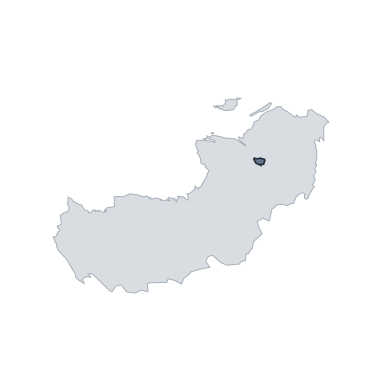 Askersund, Orebro, Sweden (highlighted), rotated 215°
{"feature_id": "70781695B5834456968412", "entity_name": "Askersund", "entity_type": "district", "adm_level": 2, "iso_a3": "SWE", "parent_name": "Sweden", "parent_adm1": "Orebro", "projection": "robinson", "projection_center": [14.979, 58.853], "detail": "fine", "context": "in_parent", "style": "filled", "palette": "slate", "viewbox_px": 384, "rotation_deg": 215, "n_neighbors": 0, "source": "geoboundaries", "source_scale": "gbopen_adm2", "svg_char_len": 4637}
<svg xmlns="http://www.w3.org/2000/svg" viewBox="0 0 384 384"><g transform="rotate(215 192 192)"><path d="M97.2,252.5L98.5,255.1L101.2,254.8L102.4,252.9L103.9,247.2L102.1,241.0L104.6,238.8L106.2,235.3L110.0,234.3L115.1,230.3L115.6,226.4L116.8,223.4L112.7,214.6L112.4,212.4L118.9,211.2L121.7,205.3L117.3,201.6L110.6,198.0L113.1,186.6L110.3,180.5L110.8,177.9L110.4,173.9L112.1,172.3L108.9,166.4L112.2,162.4L111.7,160.3L121.2,152.2L127.4,150.7L138.9,151.9L141.6,148.7L141.7,147.0L140.7,142.9L134.3,140.6L141.3,133.2L146.8,126.4L147.9,119.8L149.2,117.0L147.8,110.5L155.2,109.8L161.8,107.1L160.8,103.6L175.2,92.8L175.6,90.9L174.5,89.0L171.1,85.7L172.0,84.2L175.8,83.3L177.7,81.8L180.5,76.7L188.3,72.7L196.9,75.3L200.6,70.8L200.2,64.5L203.3,63.9L226.4,67.8L230.2,65.5L226.2,64.3L230.0,61.8L231.1,60.2L231.4,58.4L231.2,57.4L227.9,55.1L235.2,54.8L239.1,55.9L239.6,57.3L255.5,64.7L268.0,67.6L271.7,69.7L273.1,72.1L275.1,72.2L277.5,74.3L279.9,75.5L278.1,77.1L278.3,80.5L279.0,82.1L277.9,85.0L282.1,85.7L282.8,87.5L280.8,89.3L281.1,91.4L286.7,97.5L285.4,99.4L285.2,101.9L282.9,103.8L282.7,105.7L283.2,108.2L284.1,109.3L286.4,110.2L290.6,116.7L286.7,117.2L283.7,116.3L276.8,117.1L275.1,118.1L269.6,115.5L266.6,116.9L264.5,115.6L262.9,117.8L262.6,120.7L260.1,120.5L261.1,121.6L257.7,122.0L257.5,122.4L258.2,123.1L257.2,124.0L252.6,124.3L252.0,125.3L253.4,126.4L253.4,127.2L250.4,126.1L252.5,128.2L253.0,129.7L246.8,136.0L249.0,137.7L250.9,141.3L252.9,142.9L252.1,144.6L245.6,148.7L242.0,154.9L233.7,159.0L229.3,160.0L226.5,163.0L223.1,162.1L223.1,163.8L220.9,162.7L219.2,165.3L216.2,167.5L212.8,167.1L212.5,167.5L213.5,168.1L209.7,168.7L208.6,171.0L205.7,171.6L205.3,172.4L208.2,172.5L207.6,174.4L204.4,175.3L203.2,176.5L201.7,176.5L202.0,175.6L199.8,175.6L199.1,174.6L198.7,174.8L200.2,177.9L199.2,179.1L201.3,180.3L195.3,183.3L191.7,182.2L191.2,183.1L192.0,185.6L195.2,187.7L193.3,189.0L191.4,195.0L192.8,198.7L188.6,197.9L189.0,199.2L187.7,200.9L188.2,203.2L187.9,204.8L188.8,206.2L188.3,206.8L189.0,213.4L190.2,216.2L189.8,218.4L191.6,219.6L195.2,219.9L196.3,221.7L200.9,220.6L204.3,224.3L210.5,227.4L210.2,229.4L214.2,230.9L216.6,233.7L217.6,236.1L217.3,237.5L211.2,241.5L206.5,244.2L201.6,245.8L201.9,246.4L204.3,246.7L210.2,244.8L212.0,246.5L208.8,247.2L208.2,249.5L206.8,251.0L193.7,256.2L192.0,257.8L186.2,260.5L175.6,260.3L174.0,260.8L183.2,261.9L185.4,263.8L181.0,265.0L183.0,269.6L181.9,270.7L181.8,275.8L180.3,275.9L179.6,277.9L180.5,283.0L181.3,284.4L180.9,285.9L178.5,289.3L179.4,293.4L176.5,300.9L173.3,305.2L170.9,311.0L168.1,313.0L164.9,311.8L160.0,312.5L151.1,312.3L150.0,312.8L150.6,314.9L147.4,314.6L141.8,319.1L141.6,321.2L143.8,325.4L141.1,328.2L135.1,327.5L127.1,329.2L119.9,327.8L120.9,326.4L121.5,320.9L113.4,309.6L117.3,310.7L118.8,310.1L116.5,306.5L119.8,306.2L120.8,304.9L120.3,302.8L117.6,301.8L115.3,298.5L112.9,296.8L108.6,290.1L107.1,285.5L105.6,286.0L104.4,280.7L102.1,279.9L101.7,274.6L99.3,274.0L97.7,271.6L97.6,267.0L94.6,266.4L95.1,264.2L94.3,256.0L93.4,253.5L94.2,251.6L95.8,251.5L97.2,252.5ZM220.1,277.5L218.8,278.0L218.1,279.4L216.0,280.2L215.7,284.8L217.7,286.6L215.7,287.3L214.4,289.8L210.8,291.4L209.4,293.0L208.7,295.3L205.6,296.5L207.8,293.1L204.8,289.2L205.5,287.8L205.2,283.3L211.5,277.6L214.4,276.9L215.8,277.5L216.3,276.1L217.3,275.8L220.1,277.5ZM179.5,309.6L178.0,310.5L177.5,309.2L177.6,303.8L181.1,297.4L182.6,296.9L186.9,288.2L187.3,287.7L188.8,288.2L187.7,289.0L187.8,290.5L185.1,295.1L184.4,298.1L183.5,298.9L179.5,309.6ZM221.4,275.7L221.1,277.0L219.5,275.9L221.0,274.4L224.1,274.8L221.4,275.7ZM213.1,242.2L211.2,244.2L210.7,243.3L211.2,242.3L213.1,242.2ZM208.9,252.7L207.9,252.8L208.6,251.4L210.0,251.1L208.9,252.7Z" fill="#d9dde1" stroke="#a8b0b8" stroke-width="1"/><path d="M160.3,255.8L160.4,255.5L160.3,255.1L160.2,254.8L160.3,254.6L159.9,254.1L159.1,253.8L158.6,253.4L158.1,253.2L157.8,253.1L157.6,252.9L157.2,252.8L156.6,252.7L156.4,252.4L156.1,252.2L155.7,252.2L155.3,252.5L154.8,252.6L154.5,252.7L154.0,252.7L153.8,252.6L153.2,252.6L153.0,252.8L152.8,253.2L152.1,253.3L151.3,253.2L150.9,253.1L150.6,253.1L150.6,253.3L150.9,253.5L151.2,253.7L151.6,254.0L151.5,254.3L151.1,254.6L150.7,254.8L150.4,255.0L150.0,255.1L149.5,255.3L149.4,255.7L149.3,256.1L149.2,256.3L149.5,256.5L149.6,257.0L149.8,257.1L149.9,257.7L149.9,258.2L150.2,258.2L150.3,259.2L150.2,259.4L151.2,260.4L151.8,260.1L153.1,259.8L154.0,259.2L154.4,259.2L154.9,259.3L155.1,259.1L155.3,259.0L155.6,258.8L155.9,258.6L156.2,258.1L156.4,257.7L156.7,257.6L156.9,257.3L156.9,257.0L157.3,256.7L157.7,256.6L158.4,256.3L158.9,255.9L159.5,255.7L160.3,255.8L160.3,255.8Z" fill="#64748b" stroke="#1e293b" stroke-width="1.5"/></g></svg>